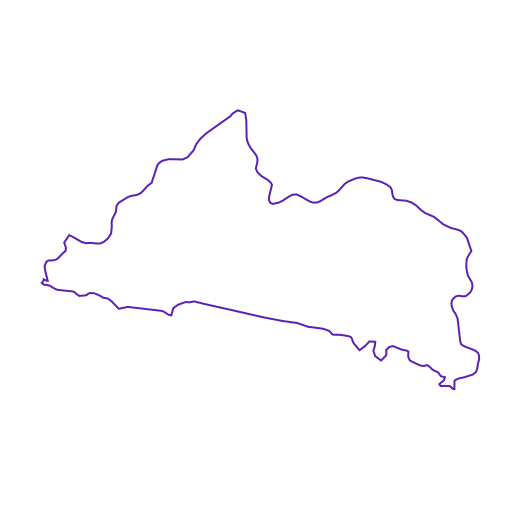 outline of Miyazaki, rotated 86°
{"feature_id": "JPN-1831", "entity_name": "Miyazaki", "entity_type": "Prefecture", "adm_level": 1, "iso_a3": "JPN", "parent_name": "Japan", "parent_adm1": "", "projection": "albers", "projection_center": [131.344, 32.095], "detail": "fine", "context": "isolated", "style": "outline", "palette": "violet", "viewbox_px": 512, "rotation_deg": 86, "n_neighbors": 0, "source": "natural_earth", "source_scale": "10m", "svg_char_len": 3069}
<svg xmlns="http://www.w3.org/2000/svg" viewBox="0 0 512 512"><g transform="rotate(86 256 256)"><path d="M402.6,67.4L402.3,68.8L401.2,70.0L400.1,70.7L399.4,71.5L398.8,76.5L398.6,80.9L396.6,82.1L393.1,77.2L390.1,76.0L388.8,80.0L384.8,82.5L381.8,87.8L378.6,90.5L377.4,92.0L376.7,93.4L376.8,93.9L377.2,94.7L377.4,97.0L376.4,100.3L372.0,108.2L370.6,110.0L367.2,111.2L362.0,110.7L361.0,112.0L359.6,117.0L355.4,125.7L356.1,129.5L358.8,132.7L363.0,132.7L364.6,133.5L369.0,138.5L364.2,144.1L358.8,145.5L354.7,143.9L349.9,143.0L349.1,148.8L353.4,153.4L357.2,159.3L350.9,163.9L348.3,165.4L345.3,166.0L343.4,167.1L342.3,169.7L340.5,177.5L339.9,184.4L339.2,185.8L337.8,186.5L335.7,188.4L333.2,194.3L330.2,209.1L325.7,219.7L322.7,234.1L317.8,252.5L309.3,280.5L299.8,312.3L297.0,320.8L297.6,326.2L297.0,329.5L299.1,337.0L302.2,342.1L309.3,344.7L308.5,347.4L304.8,352.3L304.0,354.7L297.8,387.6L299.1,396.6L291.0,403.3L288.0,406.9L286.9,411.7L286.1,412.2L282.8,417.9L281.7,420.8L281.4,424.4L282.1,426.3L283.0,427.4L283.4,428.8L283.5,435.0L282.3,436.7L279.1,440.0L278.4,442.1L276.0,456.2L274.7,458.9L271.4,463.5L270.4,466.1L270.1,468.3L269.5,470.1L267.8,471.6L266.8,470.5L266.2,470.0L264.5,469.4L265.6,467.5L265.9,466.8L266.2,465.5L256.0,467.3L251.2,467.6L247.2,465.5L246.0,463.3L246.2,458.4L245.5,455.4L244.4,453.6L239.5,448.2L237.8,445.8L236.6,445.4L234.7,445.0L229.2,446.4L224.9,443.0L222.1,440.8L222.7,440.1L223.3,438.7L229.9,428.9L231.3,425.0L231.4,420.2L232.5,413.4L232.6,410.3L231.2,406.7L228.3,402.7L223.6,399.0L216.1,397.7L213.4,397.8L211.2,397.4L209.6,397.0L202.2,392.7L196.2,391.6L193.3,389.2L188.5,380.2L187.5,377.1L187.1,374.2L186.9,371.3L186.3,369.0L184.9,366.1L178.3,359.0L175.7,355.0L158.5,348.0L156.5,346.2L154.5,342.9L153.3,336.1L154.6,322.5L152.7,317.4L146.1,310.8L140.2,307.8L135.0,303.2L130.3,297.3L114.7,271.7L112.1,269.2L109.4,264.0L112.5,256.9L119.9,256.2L137.2,257.1L140.4,256.7L143.9,255.7L147.5,254.0L155.5,248.8L158.8,247.8L162.0,248.0L168.9,250.1L172.7,248.6L176.6,245.1L181.3,238.4L184.1,236.0L186.2,235.1L198.0,238.9L201.0,239.2L203.8,238.2L205.2,235.8L204.4,229.9L202.8,225.7L198.6,218.3L197.4,215.0L197.4,211.3L200.3,206.0L205.1,199.1L206.7,195.5L206.9,191.4L205.8,188.0L202.2,181.1L200.7,176.5L198.5,171.5L195.9,168.1L190.4,162.6L188.3,159.2L186.5,154.2L185.5,150.7L185.0,147.9L185.0,144.8L186.1,139.9L190.7,126.1L193.9,120.5L196.8,117.1L199.9,115.8L203.4,115.7L206.5,115.1L208.9,113.7L210.1,110.6L211.3,102.4L213.3,97.4L216.5,93.0L221.8,88.0L225.0,84.2L228.9,76.6L230.5,74.4L237.7,66.7L241.4,60.1L244.1,52.3L245.7,49.4L249.6,46.3L252.7,44.3L266.0,40.8L270.7,44.2L274.1,46.1L280.5,46.9L285.3,46.8L290.3,46.0L297.4,42.5L300.9,42.1L304.4,43.0L307.3,44.9L309.2,47.3L310.6,49.5L310.7,52.4L310.1,54.8L309.8,57.2L310.3,59.5L311.8,61.7L313.7,63.4L316.5,64.3L319.7,64.3L324.5,62.9L327.5,61.0L332.3,59.3L355.5,58.2L358.5,57.4L359.7,55.9L361.2,53.3L364.8,45.6L366.3,43.2L368.3,41.2L371.2,40.4L374.8,40.7L379.5,42.3L383.3,43.0L386.8,44.5L389.3,47.7L391.5,56.5L392.1,61.3L393.2,64.9L394.3,66.7L402.6,67.4Z" fill="none" stroke="#5b21b6" stroke-width="2"/></g></svg>